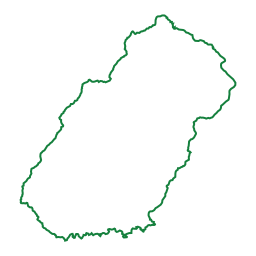 Fak Tha, Uttaradit, Thailand (orthographic projection)
{"feature_id": "78962969B71814319942483", "entity_name": "Fak Tha", "entity_type": "district", "adm_level": 2, "iso_a3": "THA", "parent_name": "Thailand", "parent_adm1": "Uttaradit", "projection": "orthographic", "projection_center": [100.869, 18.015], "detail": "fine", "context": "isolated", "style": "outline", "palette": "green", "viewbox_px": 256, "rotation_deg": 0, "n_neighbors": 0, "source": "geoboundaries", "source_scale": "gbopen_adm2", "svg_char_len": 5767}
<svg xmlns="http://www.w3.org/2000/svg" viewBox="0 0 256 256"><path d="M152.8,25.3L152.5,26.1L151.6,26.5L151.0,27.2L149.5,27.1L148.4,28.5L146.9,28.5L144.8,30.6L143.6,30.7L142.7,31.3L141.5,31.4L140.4,31.9L139.5,32.9L137.0,32.7L135.9,33.7L135.2,34.0L134.8,33.7L133.0,31.5L132.6,31.4L132.0,31.8L131.0,33.5L130.7,34.8L130.2,35.6L128.4,37.6L127.3,37.7L127.1,38.7L125.6,40.1L125.4,41.3L124.6,43.1L125.3,46.3L125.0,47.1L125.2,48.2L124.7,49.0L126.5,51.4L126.5,52.9L126.8,53.8L126.7,54.4L125.8,55.3L124.2,55.9L123.9,56.7L122.8,57.0L120.8,58.2L120.4,59.2L117.8,61.3L116.5,63.6L114.1,66.1L113.8,67.4L113.2,68.5L113.2,69.5L110.8,72.6L110.4,73.8L109.6,75.2L109.4,77.2L110.8,78.8L109.7,80.6L105.6,82.3L104.5,81.7L103.5,82.0L102.1,81.2L100.4,81.0L98.8,82.0L97.8,80.7L97.4,80.6L94.6,81.6L93.1,81.8L91.9,81.6L89.8,79.8L89.4,79.7L88.7,80.0L88.4,81.1L87.0,82.1L84.4,83.0L82.6,84.3L82.4,84.9L82.5,85.8L81.9,87.3L82.1,88.2L81.6,89.2L81.7,91.1L81.4,92.7L80.6,93.7L80.2,95.1L78.9,97.5L77.8,98.4L77.3,100.0L76.3,100.7L74.9,100.8L74.0,102.8L73.5,103.4L72.5,104.0L70.9,104.0L70.0,106.0L66.8,107.7L64.9,110.1L64.5,111.2L63.6,111.8L63.5,112.9L61.4,114.4L61.2,115.4L59.3,117.8L59.9,119.2L61.1,119.9L61.1,122.0L61.8,123.7L63.1,125.2L63.2,125.8L63.0,126.4L61.2,127.1L61.2,128.9L60.9,129.6L58.1,132.5L57.3,132.9L57.2,133.8L56.6,134.5L55.4,138.3L54.3,139.1L51.7,142.3L50.5,143.0L48.9,144.8L47.3,145.8L44.7,150.0L43.9,150.7L42.6,151.4L42.0,152.3L40.8,153.3L40.5,154.1L40.3,156.4L41.1,160.0L40.6,161.3L39.6,162.5L38.3,163.3L37.9,164.7L37.3,165.0L36.3,166.2L35.1,166.7L33.7,167.9L32.0,168.5L31.4,169.0L31.0,171.7L31.4,173.5L30.0,176.1L29.9,177.4L27.8,178.7L26.3,181.1L23.6,183.3L23.6,185.6L22.4,186.3L22.3,186.8L23.0,188.2L22.4,190.5L22.7,193.1L22.6,194.4L22.2,195.0L22.3,195.9L21.3,197.3L21.1,198.1L21.3,199.1L20.6,199.9L21.0,201.4L20.7,202.2L21.1,203.1L23.0,203.3L23.7,203.1L25.3,203.5L26.6,202.8L27.3,203.0L28.2,206.2L29.9,207.3L31.3,207.3L32.0,207.7L32.5,208.8L32.7,210.5L33.2,211.0L34.4,211.5L36.0,214.0L36.7,214.5L37.0,215.9L38.3,216.7L38.4,217.6L37.8,218.3L37.4,219.5L38.6,220.6L39.8,221.2L40.4,222.2L42.4,223.3L42.3,224.4L42.8,225.4L42.7,226.7L43.8,227.9L45.5,228.5L46.5,229.8L48.9,231.0L49.7,232.0L52.0,233.7L53.0,234.0L54.0,233.9L54.6,234.2L55.4,234.9L55.3,235.3L55.9,235.6L56.3,236.5L56.2,237.0L56.4,237.3L58.2,237.0L60.8,237.3L62.2,237.0L63.7,238.0L64.2,239.0L64.9,239.5L65.1,240.6L66.9,240.1L67.5,238.4L68.6,237.4L70.2,234.7L71.9,233.9L72.6,233.9L73.0,235.2L73.0,235.8L72.6,236.2L72.7,236.9L73.2,237.3L73.9,237.4L74.1,237.9L74.8,237.7L75.2,236.0L75.8,235.2L75.9,234.3L76.3,234.0L77.8,234.0L78.4,234.7L78.7,236.2L81.3,238.5L82.2,237.9L82.7,236.7L83.5,235.7L83.6,234.9L85.5,235.2L85.9,235.0L86.2,234.4L86.1,233.5L86.4,233.1L88.4,233.7L88.9,235.0L90.6,234.3L91.6,233.2L93.1,235.2L93.4,235.2L93.7,234.7L95.9,233.9L97.7,233.8L98.9,234.5L99.1,235.1L100.3,236.1L100.7,235.5L100.2,234.6L100.2,234.1L101.7,233.9L102.7,233.1L103.6,233.0L104.5,233.2L105.6,234.1L107.6,233.6L108.8,232.2L109.1,231.3L108.0,229.9L108.3,229.3L109.6,229.0L111.5,229.6L112.8,229.4L114.4,228.6L115.1,229.0L115.6,231.0L116.6,231.9L117.7,231.7L119.8,230.5L121.7,231.3L122.4,232.2L122.1,233.2L122.2,234.0L123.6,234.3L124.0,234.7L123.9,235.2L123.0,236.3L123.3,237.0L123.9,237.5L126.2,237.3L126.8,237.2L126.9,236.9L125.4,235.5L125.3,235.0L126.3,234.1L129.1,233.1L131.4,233.0L131.5,230.3L132.0,229.2L132.8,228.4L133.8,228.7L136.4,228.8L136.9,228.3L136.3,227.1L137.8,226.7L139.9,227.5L140.8,228.3L140.4,229.1L140.7,229.6L141.6,230.0L142.9,231.4L143.5,231.6L143.7,231.2L143.5,229.8L144.6,229.8L145.4,229.2L145.4,227.5L147.1,226.6L147.7,225.6L149.1,225.0L150.4,225.4L152.0,224.9L154.2,225.0L155.0,224.5L154.9,224.1L153.6,223.2L153.9,222.0L151.9,221.5L151.1,219.7L150.0,219.6L150.1,219.0L149.7,218.2L149.6,217.5L149.2,217.0L148.6,215.6L148.6,214.1L148.9,212.6L149.3,212.0L150.1,211.4L152.1,211.3L153.3,210.7L154.2,210.1L155.6,208.1L157.1,207.3L160.7,204.7L162.1,202.6L162.4,200.2L165.3,196.1L165.3,193.8L166.3,192.2L167.7,188.0L166.7,186.7L166.8,185.7L168.5,184.7L169.6,181.4L170.1,180.9L171.0,180.3L172.5,180.1L173.2,178.6L175.3,176.9L175.4,173.4L175.7,171.7L176.4,170.6L177.7,169.8L178.0,168.2L179.5,168.2L181.4,167.0L182.6,166.7L183.1,166.0L184.3,165.8L185.3,164.5L185.4,162.1L185.6,161.6L188.9,159.7L188.8,156.7L189.2,155.9L189.7,153.2L190.6,152.4L189.7,151.5L188.0,150.9L187.7,150.2L188.3,148.9L188.2,147.5L188.7,145.8L189.1,141.4L190.9,139.4L192.4,139.0L194.0,137.5L196.0,133.8L195.8,132.6L194.3,130.4L194.1,128.7L193.5,127.4L193.5,126.3L194.1,124.7L194.1,123.5L193.7,122.5L193.8,122.1L196.3,120.6L197.3,118.4L199.2,118.0L199.6,117.5L200.5,117.4L201.4,117.7L202.9,117.6L205.1,118.1L206.2,118.6L208.3,117.9L209.7,118.3L211.1,117.7L212.0,117.5L213.0,116.7L214.6,114.6L216.6,112.9L217.9,111.3L220.2,109.6L220.9,108.0L221.2,105.7L222.6,104.7L226.0,101.5L228.4,99.9L228.8,99.0L229.5,94.2L229.4,91.8L229.6,90.5L231.1,88.8L233.9,87.0L235.3,85.1L235.4,82.7L233.2,79.3L227.4,74.2L225.5,71.5L223.8,70.5L221.3,67.7L221.0,65.3L221.2,63.7L221.7,63.1L224.9,61.2L225.1,60.3L224.7,59.2L223.6,58.1L220.3,55.8L217.8,52.4L216.2,51.7L215.1,49.8L213.0,48.6L212.7,47.8L213.3,47.3L211.7,44.7L210.2,44.5L208.7,44.6L207.6,44.3L206.7,43.1L205.4,42.9L204.7,42.5L203.9,41.2L200.8,40.2L200.1,40.2L198.5,41.0L195.2,40.8L193.7,39.3L192.9,37.9L192.4,35.0L190.7,34.5L188.1,32.9L186.2,32.5L184.5,30.6L183.2,30.0L178.8,29.5L176.7,28.2L175.5,28.3L175.0,28.8L174.1,28.7L174.0,28.4L174.4,27.3L173.6,27.7L173.0,27.5L172.9,27.2L172.9,25.0L172.6,24.6L173.1,23.5L172.2,23.5L171.7,22.6L171.8,22.0L170.4,22.1L170.4,21.2L169.4,20.2L168.0,19.5L167.6,18.9L167.3,17.7L166.5,17.8L166.3,16.8L164.6,15.5L162.9,15.4L161.7,15.6L160.4,16.3L157.9,16.4L157.1,16.8L156.5,17.4L155.6,20.0L155.5,23.1L155.2,24.6L154.7,25.0L152.8,25.3Z" fill="none" stroke="#15803d" stroke-width="2"/></svg>